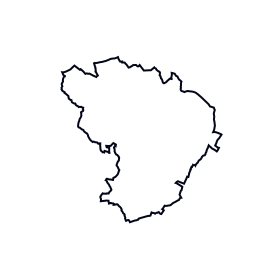 Lopadea Noua, Alba, Romania (Equal Earth projection), rotated 222°
{"feature_id": "2599482B252986267254", "entity_name": "Lopadea Noua", "entity_type": "district", "adm_level": 2, "iso_a3": "ROU", "parent_name": "Romania", "parent_adm1": "Alba", "projection": "equal_earth", "projection_center": [23.856, 46.282], "detail": "fine", "context": "isolated", "style": "outline", "palette": "ink", "viewbox_px": 256, "rotation_deg": 222, "n_neighbors": 0, "source": "geoboundaries", "source_scale": "gbopen_adm2", "svg_char_len": 5719}
<svg xmlns="http://www.w3.org/2000/svg" viewBox="0 0 256 256"><g transform="rotate(222 128 128)"><path d="M77.8,200.6L81.5,198.9L84.1,199.6L94.4,199.9L98.8,199.8L101.0,199.6L102.3,199.2L103.7,198.6L105.3,197.6L107.6,195.9L108.3,195.6L108.7,195.1L110.2,192.4L110.7,192.4L113.0,191.3L114.5,191.7L115.1,192.4L115.4,193.2L116.5,194.0L117.0,195.0L118.6,196.7L119.4,198.3L121.6,198.3L121.9,198.2L122.6,198.2L124.5,198.8L125.7,199.4L127.1,198.9L129.7,199.6L132.4,198.2L131.1,197.0L129.8,195.0L129.6,194.3L128.4,193.7L128.6,193.3L129.7,193.0L130.0,192.4L130.1,190.6L130.3,189.7L130.3,187.8L130.5,187.0L131.2,185.3L132.5,185.1L134.3,186.3L135.9,187.0L136.6,186.9L136.9,187.2L137.3,187.3L138.4,188.2L139.7,188.3L141.0,190.3L142.0,190.8L142.4,190.6L143.0,190.7L143.4,190.5L144.1,190.4L146.1,190.4L146.9,190.8L148.6,190.5L149.0,190.6L149.6,186.3L154.7,181.3L161.5,182.6L161.5,182.2L161.3,181.4L161.5,180.8L161.9,180.4L162.2,180.2L164.2,180.2L164.7,179.7L165.5,179.1L165.8,178.6L166.4,177.9L166.4,177.4L166.6,176.2L166.9,175.6L167.1,175.3L167.2,174.4L168.0,173.3L171.9,174.2L172.8,174.1L174.2,174.4L176.2,172.8L176.8,173.5L178.2,172.1L180.9,172.8L182.9,174.0L183.8,171.9L184.5,170.7L186.0,169.2L186.6,168.5L187.5,167.0L187.8,166.1L189.2,163.3L191.4,159.9L192.8,158.2L194.7,155.5L195.5,154.6L196.5,153.7L197.3,153.7L196.2,153.2L194.2,151.9L192.6,151.1L192.5,150.7L191.3,150.0L191.0,149.6L189.9,148.6L189.8,148.1L189.3,148.1L185.5,146.8L185.9,144.9L185.8,144.7L188.3,143.8L193.1,142.6L193.9,141.6L195.2,141.0L195.9,139.7L199.0,140.1L202.5,140.1L202.6,139.1L209.6,138.5L209.9,134.3L209.9,133.6L210.1,132.6L211.9,128.3L213.2,126.2L214.2,125.4L211.4,124.1L209.7,124.4L209.5,124.2L210.0,123.7L209.2,121.1L208.1,119.6L207.7,119.4L207.3,118.8L207.2,118.4L207.1,117.4L206.9,116.7L206.7,116.4L206.2,115.9L205.4,115.4L204.7,115.1L204.4,113.6L204.1,113.2L203.4,112.8L203.3,112.3L202.6,112.0L202.2,112.0L201.6,111.7L199.0,112.2L198.6,111.6L197.5,111.8L196.3,111.8L193.8,111.9L193.4,111.7L192.7,110.9L191.6,110.2L191.2,110.4L189.8,110.3L188.7,110.9L187.4,109.9L187.1,109.7L186.4,109.7L184.4,110.2L184.1,110.3L183.6,110.9L182.9,110.7L182.4,110.3L181.9,110.2L181.3,110.2L180.4,110.6L179.4,110.7L178.6,110.6L178.3,111.2L177.2,112.0L177.0,112.4L175.9,112.6L174.9,113.1L174.7,112.6L174.1,111.8L173.5,111.6L173.1,111.3L172.8,110.6L173.5,108.6L173.2,108.0L172.8,107.9L172.5,107.6L172.1,107.0L171.1,106.2L170.9,105.9L170.2,104.2L169.9,102.3L169.1,100.8L168.3,98.7L166.5,96.1L166.0,95.7L165.5,95.5L165.0,95.5L164.4,95.8L163.6,96.0L161.2,96.1L160.5,96.5L160.2,96.6L159.7,96.6L158.6,96.1L158.0,96.1L156.1,96.2L154.7,96.5L153.0,95.9L151.9,95.1L149.5,94.3L149.3,94.2L147.6,93.9L145.3,93.9L144.8,94.0L144.7,94.4L144.4,94.9L143.8,95.2L143.1,95.3L141.3,96.6L140.4,96.5L139.6,96.4L138.6,97.2L138.9,97.5L138.3,98.0L136.9,96.3L133.9,93.5L132.5,93.0L130.3,93.1L129.9,93.9L129.4,94.0L130.1,95.3L126.9,96.8L126.2,97.0L125.4,96.8L125.2,96.9L125.1,97.1L126.6,98.2L127.6,99.5L128.8,100.8L129.0,100.7L130.0,99.9L130.9,99.4L131.8,99.9L132.2,100.2L130.4,101.6L128.9,103.2L128.9,103.6L128.9,104.5L128.8,107.0L125.9,107.6L125.0,106.2L125.7,106.0L125.4,104.2L125.2,104.0L124.8,103.7L124.4,103.7L123.6,103.1L123.1,102.6L122.5,101.8L120.6,100.8L118.9,100.4L118.3,100.7L116.6,100.7L115.5,100.2L115.1,100.3L114.1,99.3L113.9,98.8L113.0,97.6L113.1,96.3L112.9,95.8L112.0,93.4L111.4,92.5L110.0,92.3L108.3,91.6L106.8,90.9L106.3,90.9L105.8,89.3L105.4,88.8L105.0,87.7L104.6,86.5L104.6,85.9L104.6,83.8L104.7,83.2L105.5,81.1L104.9,80.3L104.8,79.9L104.4,79.3L104.5,79.2L104.8,79.1L105.7,78.6L108.1,76.9L109.1,76.5L109.8,76.1L109.9,75.7L109.6,74.9L109.6,74.3L108.7,74.4L108.1,74.3L107.1,73.7L106.2,73.5L104.3,73.2L103.0,72.6L101.4,72.2L100.4,71.6L99.0,71.0L98.8,69.9L99.0,68.1L98.8,67.3L98.6,66.4L98.9,66.3L99.2,66.1L99.5,65.5L100.1,65.1L100.2,64.6L100.3,64.4L101.4,63.7L101.9,63.0L103.1,62.5L103.0,61.6L102.9,60.1L102.6,59.2L102.7,58.6L101.9,57.8L100.8,57.3L100.1,56.7L99.2,55.4L95.3,59.8L93.8,60.9L91.6,59.1L91.0,60.0L91.0,60.4L90.4,60.9L89.2,61.4L88.5,62.1L88.1,62.2L87.6,62.2L87.6,61.8L87.2,61.7L87.1,61.4L86.9,61.6L86.2,62.6L86.2,62.8L85.9,63.0L85.0,64.1L84.7,64.2L84.2,64.2L82.5,63.9L80.9,64.0L80.0,63.9L78.7,63.5L78.5,63.2L77.9,62.9L77.8,62.6L77.6,62.3L76.1,62.1L74.5,61.4L73.0,61.6L72.7,61.5L72.0,60.5L71.6,60.5L69.9,59.4L69.7,58.9L68.1,58.0L67.3,57.7L67.0,58.5L66.4,59.7L65.9,60.0L65.0,59.9L63.5,59.3L61.1,63.7L59.8,65.3L59.5,66.2L59.1,66.7L59.2,67.4L59.4,67.8L58.5,69.4L54.9,75.1L54.3,76.0L53.4,76.8L52.8,77.8L52.7,78.0L52.9,78.3L54.0,81.0L52.8,81.4L52.6,81.7L51.7,82.2L50.6,82.4L50.1,84.0L49.6,84.5L48.9,86.1L47.3,85.8L46.2,86.0L45.7,86.3L46.3,90.8L48.2,90.6L48.1,91.0L48.8,94.8L47.7,95.4L44.8,99.0L44.3,102.5L43.3,105.0L42.5,107.5L42.0,108.6L42.5,111.1L41.8,111.8L44.9,112.9L45.2,113.2L46.7,116.6L46.6,117.6L48.3,120.7L54.8,119.5L55.7,119.1L55.7,120.4L55.3,121.8L49.1,124.1L51.1,130.6L51.5,131.4L50.4,132.0L51.0,133.2L52.2,135.3L52.3,135.3L53.6,139.1L53.9,139.0L54.8,141.6L54.3,141.8L55.0,144.1L54.5,144.1L54.3,144.3L53.9,144.7L53.5,145.4L53.3,145.5L52.8,145.3L53.1,146.2L53.1,146.9L53.2,147.8L53.0,148.9L53.1,149.2L53.2,149.8L53.5,150.6L53.6,151.1L53.5,151.8L53.2,152.7L53.1,154.3L53.7,155.9L53.7,156.5L53.6,157.9L52.8,159.0L52.7,159.5L52.8,160.2L53.3,160.8L53.7,161.9L53.7,162.4L55.0,165.0L55.1,165.9L56.1,168.4L56.4,169.1L55.2,169.0L54.4,169.0L53.6,169.1L52.1,169.0L50.6,169.3L49.3,169.7L47.6,169.9L46.3,170.0L46.3,170.3L46.6,172.1L47.2,174.1L48.2,173.5L51.5,173.3L52.2,175.8L52.9,177.2L53.4,178.8L53.5,180.2L53.4,181.3L54.1,185.7L55.2,185.5L59.0,184.1L60.5,183.3L61.3,182.6L61.9,181.9L62.5,183.7L63.2,185.0L65.0,187.9L67.5,190.1L69.6,191.7L70.2,192.3L71.2,193.8L71.9,194.5L74.0,196.2L75.6,199.5L76.7,199.9L77.8,200.6Z" fill="none" stroke="#020617" stroke-width="2"/></g></svg>